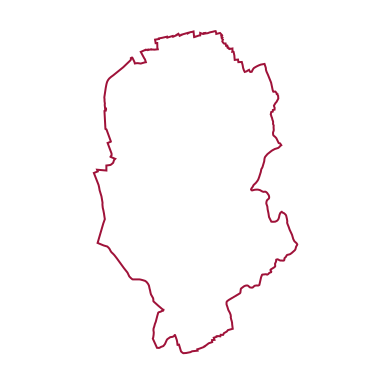 the district of Sawaeng Ha, Ang Thong, Thailand, rotated 84°
{"feature_id": "78962969B63789793815437", "entity_name": "Sawaeng Ha", "entity_type": "district", "adm_level": 2, "iso_a3": "THA", "parent_name": "Thailand", "parent_adm1": "Ang Thong", "projection": "albers", "projection_center": [100.286, 14.749], "detail": "fine", "context": "isolated", "style": "outline", "palette": "rose", "viewbox_px": 384, "rotation_deg": 84, "n_neighbors": 0, "source": "geoboundaries", "source_scale": "gbopen_adm2", "svg_char_len": 5932}
<svg xmlns="http://www.w3.org/2000/svg" viewBox="0 0 384 384"><g transform="rotate(84 192 192)"><path d="M34.5,151.7L34.5,152.7L34.8,154.7L35.1,157.6L35.7,159.8L35.7,160.5L35.8,162.9L35.2,162.6L35.2,163.9L35.4,164.1L36.0,164.2L36.0,164.3L35.7,165.3L34.7,167.2L37.1,167.5L37.1,168.6L37.2,169.2L38.1,173.1L37.7,173.2L37.9,173.7L32.5,173.7L32.8,175.3L32.9,177.2L33.8,179.5L33.3,179.5L34.4,185.8L34.6,185.7L35.4,188.0L33.2,189.0L34.2,191.1L34.5,191.0L35.6,194.6L34.8,194.8L35.6,199.1L35.9,200.4L34.9,200.5L35.5,205.3L35.8,208.9L36.4,208.9L36.6,212.8L40.2,212.6L40.2,211.0L45.1,211.4L45.5,211.2L46.5,211.1L46.5,214.5L46.2,216.2L46.1,217.7L45.8,217.8L46.2,220.8L45.8,220.8L46.0,223.6L45.8,223.6L47.3,228.3L54.1,225.5L55.2,224.9L58.1,224.3L58.2,225.7L58.9,229.5L58.2,232.4L58.1,233.6L58.2,235.4L56.5,235.7L54.3,236.5L52.2,237.3L52.0,237.6L52.4,238.8L53.5,238.9L54.0,239.0L54.4,239.3L54.8,239.7L60.7,247.3L67.7,258.1L69.1,260.5L70.5,262.5L71.8,263.7L72.6,264.3L73.8,265.0L75.8,265.8L79.4,266.9L88.7,269.3L90.7,269.3L92.4,269.5L94.9,269.4L96.3,269.7L100.0,269.7L100.0,268.8L100.8,268.8L102.1,269.3L102.0,270.4L102.2,270.6L120.2,271.5L120.4,271.4L120.7,270.6L120.9,270.5L133.3,267.4L133.5,267.5L134.4,270.8L145.3,268.0L147.0,268.1L148.4,269.4L148.5,269.4L151.0,264.9L152.1,266.2L154.6,267.3L154.9,267.6L156.2,269.5L156.6,270.5L156.7,274.4L161.7,274.9L159.9,284.1L161.7,283.6L162.8,287.6L175.2,284.2L177.6,283.9L180.6,283.7L186.9,282.5L193.3,282.1L195.2,282.4L198.5,282.4L200.6,282.1L204.1,281.8L208.9,281.6L209.8,281.5L214.0,283.5L232.8,291.2L235.9,285.5L237.4,281.9L238.7,280.8L239.7,280.1L242.4,279.0L243.5,278.4L245.0,277.1L246.7,275.8L250.1,273.7L260.5,267.7L265.4,264.6L269.4,263.2L271.3,261.7L272.6,260.4L272.8,259.6L273.4,253.5L273.8,252.1L274.6,250.0L275.5,247.9L276.6,246.7L277.5,246.1L278.6,245.4L279.8,244.9L280.7,244.6L283.6,244.3L285.4,244.0L287.7,243.8L289.6,243.5L293.5,241.8L294.5,241.7L296.4,241.8L296.8,241.7L301.6,237.4L305.9,233.3L306.1,232.7L306.8,232.9L307.1,233.3L307.2,234.6L307.4,235.0L307.7,235.4L308.1,237.5L308.2,237.8L308.5,238.2L311.4,239.4L317.3,241.6L319.4,242.7L321.8,243.6L323.8,244.5L325.5,244.8L327.7,244.7L330.0,245.1L332.7,245.8L333.7,246.3L343.3,243.1L343.6,241.3L343.5,240.4L343.0,239.5L342.7,238.5L342.2,236.6L340.4,234.8L336.6,232.6L335.8,231.9L334.1,228.8L334.0,226.5L333.7,225.6L333.3,224.9L332.5,224.2L332.6,223.8L337.6,222.6L339.8,222.4L342.5,222.4L342.6,222.1L342.4,221.2L342.4,220.9L349.3,219.6L349.9,219.2L351.2,217.8L351.4,217.5L351.5,214.6L351.1,210.3L350.4,208.5L350.4,203.0L349.0,203.2L348.6,201.1L347.5,196.8L346.9,195.5L346.7,195.6L346.0,194.1L344.2,191.2L343.4,187.6L341.4,187.6L341.4,185.1L339.2,185.6L338.6,182.7L338.0,182.6L338.0,181.3L338.5,178.9L337.0,178.4L337.3,176.8L337.3,175.9L335.8,175.1L334.4,172.0L333.1,170.7L332.3,165.8L327.6,165.9L326.3,165.8L323.8,166.1L323.3,166.3L322.2,166.4L320.6,166.6L320.2,166.4L318.3,166.4L316.0,167.0L313.4,168.1L312.1,168.4L310.0,168.8L307.9,169.3L307.2,169.4L305.5,169.2L304.9,169.0L304.5,168.7L304.1,168.2L303.2,166.7L297.8,155.0L297.4,154.6L297.1,154.4L293.6,153.6L293.0,153.1L291.2,150.1L290.8,148.8L290.7,148.2L290.7,147.0L290.8,146.6L291.2,145.9L292.8,144.5L293.2,143.4L293.4,142.3L293.2,141.4L292.1,140.0L291.8,139.4L291.7,137.7L291.9,136.2L291.9,135.7L291.6,134.9L291.4,134.7L284.0,132.2L281.7,131.0L281.5,130.7L281.5,127.6L281.6,126.7L282.0,126.1L282.0,125.7L281.6,124.8L280.5,123.5L280.0,121.7L279.5,121.5L277.9,122.1L277.5,122.0L277.2,121.6L275.4,117.9L274.7,117.1L274.2,117.0L272.0,116.9L270.0,115.7L268.1,115.3L268.0,115.0L267.9,113.9L268.3,113.1L269.1,112.0L269.4,111.2L269.7,108.9L269.8,108.1L269.7,107.7L269.2,107.3L267.5,106.9L266.1,105.2L265.2,104.7L264.7,104.2L264.5,103.7L264.2,101.5L264.0,100.8L263.0,99.1L260.7,95.9L259.9,95.2L257.1,94.1L256.1,93.3L255.3,92.8L255.0,92.8L253.7,93.5L251.7,95.3L249.4,96.2L245.0,97.0L239.8,98.8L236.8,99.5L233.6,100.4L232.6,100.6L231.0,100.3L228.8,100.4L225.6,100.8L224.9,101.0L224.3,101.3L222.7,102.7L221.8,104.3L221.1,104.8L221.6,105.8L222.3,106.5L224.0,107.4L225.3,107.8L226.0,108.0L227.7,108.7L228.9,109.7L229.4,110.3L229.8,111.2L230.2,112.4L230.1,114.6L229.8,116.2L225.0,118.0L221.0,118.2L217.1,118.6L214.3,118.6L211.3,119.3L210.0,119.1L208.8,118.7L207.9,118.1L206.6,116.3L206.1,116.0L205.3,115.8L204.6,115.8L203.7,115.9L203.1,116.1L200.7,117.4L199.8,118.3L199.4,118.9L199.3,119.3L199.3,121.0L198.7,122.2L197.3,124.1L196.6,125.9L196.4,127.0L196.3,129.2L196.7,132.0L196.5,132.6L195.7,133.0L194.8,132.6L193.3,131.2L191.5,130.0L189.5,127.4L187.7,125.7L186.5,124.8L184.3,123.7L179.3,121.5L176.6,120.7L175.4,119.8L174.6,119.3L169.1,117.0L166.8,116.5L165.6,116.1L164.6,115.5L162.2,113.0L159.4,108.6L159.0,107.8L157.9,105.2L157.2,101.7L156.6,100.7L155.3,99.2L154.8,98.3L152.9,99.3L152.6,100.2L152.3,100.7L147.3,102.5L145.8,103.6L144.5,104.9L143.7,105.3L142.4,105.3L141.4,105.2L140.8,105.0L140.1,104.6L138.9,104.2L136.1,104.1L134.4,103.8L132.8,104.3L131.7,104.1L130.2,104.0L128.8,104.4L126.6,104.7L125.0,105.2L123.8,105.3L123.2,105.6L120.8,104.9L120.5,103.3L118.9,103.0L118.7,101.3L116.9,101.0L115.6,101.4L114.7,101.5L112.4,99.8L111.2,98.5L108.1,96.4L105.4,96.3L105.2,96.5L104.4,96.7L103.6,96.7L103.5,96.9L103.4,97.5L102.1,97.7L100.8,98.7L100.8,100.6L100.6,100.8L99.7,100.9L99.2,101.1L91.5,101.9L83.4,104.2L80.1,105.3L78.1,105.7L76.7,105.6L75.8,105.7L72.2,106.5L72.5,110.3L73.1,112.5L73.9,114.7L74.9,116.9L75.3,117.6L76.4,118.6L78.7,120.1L78.7,121.5L77.5,122.2L76.5,122.5L77.1,124.0L77.7,125.1L78.1,127.0L76.6,127.6L73.9,128.2L71.0,128.4L67.9,128.9L67.7,132.3L65.1,132.4L65.1,135.7L62.6,135.7L60.8,135.6L56.9,136.0L56.7,136.2L56.7,137.3L55.8,137.0L53.5,136.8L53.7,139.3L53.4,139.3L53.3,140.4L52.4,140.6L52.3,141.5L51.9,141.6L51.8,141.2L50.1,141.6L50.2,142.8L47.8,143.1L47.8,144.5L46.5,145.6L45.3,146.1L43.8,145.4L43.7,145.7L42.9,145.9L41.9,146.4L41.5,145.6L39.8,146.6L39.3,145.7L38.9,145.9L36.8,147.5L37.3,151.3L36.6,151.3L34.5,151.7Z" fill="none" stroke="#9f1239" stroke-width="2"/></g></svg>